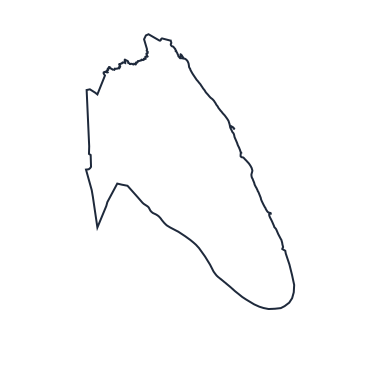 Sveitarfélagið Árborg, Suðurland, Iceland (Natural Earth projection), rotated 225°
{"feature_id": "244011B44443724675216", "entity_name": "Sveitarfélagið Árborg", "entity_type": "district", "adm_level": 2, "iso_a3": "ISL", "parent_name": "Iceland", "parent_adm1": "Suðurland", "projection": "natural_earth1", "projection_center": [-20.988, 63.9], "detail": "fine", "context": "isolated", "style": "outline", "palette": "slate", "viewbox_px": 384, "rotation_deg": 225, "n_neighbors": 0, "source": "geoboundaries", "source_scale": "gbopen_adm2", "svg_char_len": 5719}
<svg xmlns="http://www.w3.org/2000/svg" viewBox="0 0 384 384"><g transform="rotate(225 192 192)"><path d="M282.8,132.9L264.2,122.4L258.7,118.5L233.8,100.0L242.7,121.5L244.7,125.0L250.8,145.1L246.9,147.5L242.0,150.8L226.4,149.9L219.4,149.4L217.7,149.5L213.4,150.4L212.2,150.5L210.7,150.2L209.6,149.8L208.2,149.4L206.6,149.3L204.8,149.5L201.8,150.6L199.8,151.1L198.1,151.3L195.7,151.2L193.2,150.8L189.8,150.5L187.2,150.5L186.0,150.6L182.3,151.5L173.3,154.3L165.5,155.9L159.3,156.9L155.3,157.3L151.9,157.5L147.4,157.3L137.2,155.6L127.9,153.4L120.5,151.0L118.0,150.6L115.5,150.3L113.1,150.4L108.8,150.9L98.2,151.9L91.4,152.3L82.3,153.3L77.9,154.2L68.6,156.5L63.3,158.5L59.3,160.6L55.1,163.4L50.8,168.1L47.1,172.7L45.8,176.8L45.0,182.5L46.1,187.7L49.1,193.0L54.0,198.5L62.5,204.0L71.8,209.6L82.2,214.8L84.5,216.4L87.8,215.5L88.2,216.0L88.5,217.3L88.8,217.6L90.9,218.8L92.4,219.9L95.1,221.4L96.1,221.6L101.2,223.2L106.0,225.1L106.8,225.3L109.0,225.4L109.9,225.9L110.6,226.2L114.4,227.7L116.7,228.5L118.7,229.1L119.9,229.6L121.0,230.2L121.5,230.6L121.9,231.2L122.0,231.4L121.8,231.8L121.0,232.3L121.2,232.6L121.6,232.7L123.2,231.7L123.9,231.5L124.9,231.5L126.0,231.7L127.9,232.2L128.7,232.6L129.9,232.8L133.1,233.8L136.5,235.0L138.1,235.7L139.1,236.4L140.0,236.8L144.9,238.9L145.5,239.0L146.3,239.2L146.7,239.5L148.2,240.0L149.2,240.4L150.5,240.7L152.9,241.5L154.6,242.5L156.8,243.4L158.8,244.3L159.5,244.4L160.0,244.6L161.4,245.5L162.4,246.4L163.2,247.8L163.4,248.2L164.3,249.7L164.9,250.1L166.9,251.2L169.3,251.9L171.9,252.4L176.3,252.6L177.8,252.6L179.5,252.7L180.2,252.6L181.7,251.6L183.0,251.7L184.4,253.2L184.8,253.9L184.9,254.0L185.2,254.1L185.4,254.3L185.2,254.6L186.4,254.9L187.5,255.5L188.3,255.9L189.4,256.3L189.9,256.6L191.5,257.1L193.4,257.8L194.0,258.2L195.4,258.8L200.7,260.9L202.4,262.0L203.5,262.6L204.5,262.9L205.3,262.9L205.6,262.9L208.1,263.8L209.7,264.3L210.5,264.6L210.8,264.8L209.3,265.6L210.6,265.1L211.5,265.4L211.7,265.5L211.8,265.7L210.2,266.3L209.4,266.5L208.0,266.6L207.3,266.4L207.0,266.4L207.0,266.6L208.1,266.8L209.1,266.7L212.3,265.8L213.6,266.6L216.5,268.1L217.3,268.3L219.1,268.7L223.1,269.3L225.9,269.4L228.1,269.7L229.1,269.7L233.0,270.2L234.4,270.7L235.8,270.8L236.8,271.0L238.0,271.4L239.6,271.7L240.9,272.0L242.6,272.1L243.3,272.1L244.8,271.9L245.8,271.8L247.7,271.9L249.7,272.1L252.1,272.2L253.5,272.4L254.8,272.8L255.9,272.9L257.5,273.1L259.7,273.6L260.5,273.7L262.1,274.1L264.7,274.3L265.9,274.5L268.0,274.6L274.6,275.9L276.3,276.3L279.7,277.3L280.2,277.7L280.9,277.9L281.6,278.0L282.4,278.3L284.1,279.6L285.4,280.5L287.4,281.3L288.6,281.5L289.7,281.5L290.7,281.4L291.4,281.1L292.2,280.5L292.8,280.0L293.1,280.0L293.4,280.3L293.2,280.8L294.8,281.1L295.9,281.4L297.0,281.4L297.4,281.3L297.4,281.2L297.2,281.0L296.6,280.8L296.0,280.3L295.6,279.9L295.7,279.4L295.2,278.9L294.6,278.6L295.0,278.2L295.6,278.2L296.0,278.5L296.3,278.7L296.8,278.6L297.0,278.3L297.3,278.3L297.7,278.4L298.1,278.8L299.6,279.3L300.2,279.6L301.7,280.1L302.5,280.1L302.9,280.1L302.9,280.4L303.0,280.6L303.5,280.8L304.4,280.8L304.8,281.0L305.1,281.3L306.0,281.3L307.8,281.5L308.3,281.4L308.9,281.0L309.6,280.8L310.9,281.0L311.4,281.4L311.7,281.8L311.9,282.6L312.2,282.9L312.6,283.2L313.8,283.7L314.1,284.0L314.5,283.7L321.8,279.4L321.9,279.2L321.9,278.9L321.9,277.9L321.5,277.4L321.5,276.9L321.5,276.6L321.8,276.3L322.0,276.1L334.3,272.8L335.3,270.1L333.9,266.1L324.7,261.1L324.0,259.9L323.8,259.8L322.9,259.9L322.4,259.8L322.1,259.5L322.1,259.2L321.6,258.8L321.6,258.2L322.1,257.9L322.1,257.7L321.8,257.3L321.0,257.1L320.7,256.8L319.2,256.4L319.2,256.2L319.4,255.9L319.7,255.6L319.8,255.5L320.4,255.1L320.6,254.8L320.6,254.7L320.5,254.4L320.3,254.3L319.8,253.8L319.2,253.6L319.0,253.4L319.1,253.2L319.3,252.8L319.9,252.6L320.2,252.3L320.2,252.2L319.9,252.0L319.6,251.7L319.7,251.2L319.9,250.8L319.9,250.7L320.1,250.5L320.6,250.2L321.1,250.1L321.2,249.9L320.9,249.7L321.0,249.3L321.0,249.0L321.8,247.8L322.1,247.2L322.3,247.0L322.3,246.8L322.4,246.6L322.8,246.2L322.6,245.8L322.6,245.2L322.2,245.0L322.2,244.8L322.3,244.7L322.6,244.5L323.1,244.1L323.1,243.8L323.0,243.5L322.7,243.3L322.5,243.2L322.2,242.8L322.0,242.6L322.0,242.4L323.6,241.7L323.5,241.3L323.5,241.1L323.5,240.9L323.7,240.7L324.3,240.4L324.8,240.3L325.3,240.0L325.6,239.7L325.9,239.3L325.9,239.0L326.0,238.9L326.5,238.5L326.9,238.6L327.3,238.7L327.9,238.4L328.2,238.2L328.5,238.2L329.3,239.0L329.5,239.1L330.1,239.1L330.5,239.0L331.9,238.5L333.0,238.2L333.0,237.9L332.6,237.6L332.4,237.2L331.4,236.8L331.0,236.7L330.5,236.1L331.3,235.9L331.4,235.5L332.0,235.2L332.3,234.8L332.7,234.5L332.7,234.4L332.4,234.1L332.4,233.7L332.6,233.6L332.8,233.3L332.8,233.0L333.1,232.4L333.0,232.0L333.8,231.2L333.8,230.9L333.2,230.8L333.1,230.5L331.7,230.2L331.5,229.9L332.1,229.6L332.0,229.1L331.8,228.9L331.7,228.4L331.0,228.3L330.9,228.2L330.9,227.9L331.1,227.8L331.6,227.6L331.8,227.3L331.8,227.2L331.8,226.9L332.0,226.5L332.4,226.1L332.7,225.7L332.8,225.4L333.3,225.0L333.5,224.9L333.7,224.7L333.4,224.3L333.4,223.9L333.3,223.5L334.1,223.1L334.5,222.6L334.7,222.4L335.4,222.4L336.0,222.1L336.6,222.1L337.2,221.8L338.0,221.9L338.3,222.1L338.6,222.1L339.0,221.7L338.7,221.2L338.3,220.7L338.2,220.5L338.3,220.3L338.8,220.0L338.8,219.9L338.0,219.5L337.7,219.1L338.1,218.7L337.7,218.4L337.7,218.1L337.9,217.9L337.9,217.7L337.6,217.6L337.5,217.3L337.4,217.2L337.1,217.1L336.4,217.0L336.2,217.0L336.2,216.9L336.7,216.4L337.9,216.2L337.8,215.9L338.0,215.8L338.3,215.4L338.5,215.3L338.8,215.0L338.7,214.7L338.9,214.3L339.0,214.1L338.8,213.8L338.4,213.4L338.1,213.3L335.9,212.8L327.9,194.1L330.6,193.8L336.8,192.4L338.6,189.6L297.0,151.6L291.8,146.1L289.8,146.5L281.2,138.4L280.9,136.8L281.1,135.0L282.8,132.9Z" fill="none" stroke="#1e293b" stroke-width="2"/></g></svg>